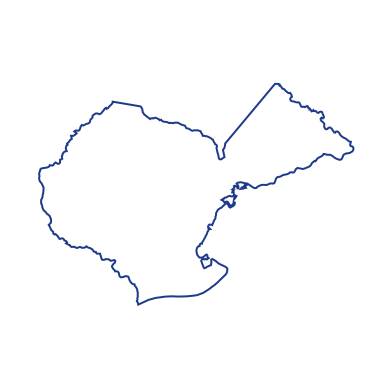 outline of Arroio Grande, Rio Grande do Sul, Brazil, rotated 8°
{"feature_id": "56859067B21343719092926", "entity_name": "Arroio Grande", "entity_type": "district", "adm_level": 2, "iso_a3": "BRA", "parent_name": "Brazil", "parent_adm1": "Rio Grande do Sul", "projection": "orthographic", "projection_center": [-52.86, -32.195], "detail": "fine", "context": "isolated", "style": "outline", "palette": "blue", "viewbox_px": 384, "rotation_deg": 8, "n_neighbors": 0, "source": "geoboundaries", "source_scale": "gbopen_adm2", "svg_char_len": 6008}
<svg xmlns="http://www.w3.org/2000/svg" viewBox="0 0 384 384"><g transform="rotate(8 192 192)"><path d="M234.7,189.2L233.5,187.9L233.3,186.4L231.9,186.7L232.2,185.2L233.1,184.2L231.6,183.9L233.3,181.9L232.7,180.4L233.6,179.8L234.6,180.0L235.8,180.7L236.6,182.0L237.6,181.9L237.0,179.6L235.0,177.4L236.0,176.4L238.8,175.6L240.8,175.6L242.4,176.0L245.5,175.9L252.1,179.1L253.5,179.4L255.0,179.2L256.0,177.8L258.1,176.3L260.2,175.2L263.0,174.8L264.4,174.8L267.1,173.5L267.9,172.8L268.9,172.5L270.4,172.5L272.2,171.9L272.8,170.0L273.3,167.3L274.0,165.9L274.9,165.2L276.7,164.7L278.3,163.8L279.6,162.6L284.3,160.9L286.7,158.8L287.9,158.6L289.0,158.8L290.4,158.2L291.9,154.6L293.2,153.5L298.5,153.8L300.0,153.2L304.7,150.4L305.8,149.2L306.8,146.6L309.2,144.0L310.1,144.3L311.3,141.8L312.2,140.7L315.2,138.6L316.5,137.4L316.9,136.1L318.2,135.9L320.2,136.3L321.2,136.3L323.8,135.9L326.1,136.8L328.6,138.3L330.3,138.9L332.8,139.5L334.3,139.5L335.4,138.8L335.9,137.8L336.9,134.1L338.8,132.6L342.7,131.4L345.1,129.5L345.7,128.3L345.9,126.6L345.4,125.3L344.4,124.6L343.1,124.5L342.0,123.5L342.3,120.2L340.6,120.1L337.3,118.0L333.6,116.7L332.4,116.0L330.8,114.8L329.8,113.3L328.9,112.5L327.6,111.8L326.2,112.1L325.6,113.3L324.4,113.2L321.5,109.8L319.7,108.9L318.2,109.4L317.3,110.8L316.2,111.2L315.2,110.9L313.9,109.2L313.5,106.1L312.5,105.0L310.1,103.5L309.4,102.6L309.2,101.3L310.0,100.4L311.4,100.9L312.3,99.7L311.8,98.5L309.5,94.6L308.4,94.5L307.1,95.0L306.2,96.1L304.9,95.9L303.2,94.6L301.6,94.9L300.8,94.0L300.2,95.0L299.2,95.5L297.9,93.8L296.9,94.0L296.7,92.7L295.4,92.5L295.0,91.3L293.8,90.8L293.0,91.6L291.9,92.3L290.9,91.9L289.6,92.4L288.1,92.1L286.3,89.1L285.4,88.4L282.9,88.7L280.1,88.1L278.5,88.3L277.2,87.8L276.3,86.6L276.7,84.7L277.7,83.8L277.1,82.2L275.4,80.2L274.3,80.6L273.1,80.3L270.1,78.4L269.2,77.5L268.2,77.1L267.1,77.1L265.3,74.9L263.7,74.5L263.9,73.4L262.8,73.0L259.2,73.3L218.1,139.4L218.2,141.5L217.9,143.9L216.8,145.9L219.3,152.9L216.3,155.6L214.7,155.7L213.7,154.4L212.6,150.9L211.9,149.8L210.1,144.9L210.4,143.1L209.6,141.9L208.2,141.4L207.5,140.2L206.3,138.9L205.5,137.2L204.5,137.0L203.6,136.3L200.5,135.1L198.4,134.7L197.0,134.9L196.1,134.6L194.8,134.9L193.9,133.0L192.9,132.2L192.1,130.7L188.9,130.1L185.4,130.7L184.0,131.3L182.8,131.1L180.1,129.8L177.5,129.6L175.8,127.3L172.0,126.7L168.3,125.3L165.3,125.7L164.0,126.4L161.0,126.5L160.0,126.9L157.3,126.2L154.7,126.3L152.7,126.0L151.3,124.7L149.9,125.4L149.1,124.6L145.6,123.5L144.3,123.9L143.5,124.6L142.4,124.4L141.2,124.8L140.4,125.6L133.9,121.9L131.9,119.5L131.6,117.8L130.8,116.3L130.0,115.1L129.0,114.4L100.9,113.6L100.9,115.1L100.0,116.5L97.9,119.2L97.1,120.7L95.8,121.5L95.2,120.6L94.0,121.6L93.5,122.8L91.0,126.9L89.3,127.9L87.5,127.4L85.8,127.6L83.9,129.2L82.9,130.4L83.0,132.3L81.4,134.5L81.1,137.1L79.9,138.5L77.8,139.3L75.1,141.3L73.6,140.9L72.7,142.5L72.1,146.0L71.3,147.0L68.1,147.3L67.0,148.4L69.6,149.9L68.6,151.2L66.7,152.9L64.4,153.2L65.6,156.1L64.2,157.3L63.3,159.2L61.5,161.6L62.2,162.7L61.3,163.4L60.9,166.2L62.2,169.0L60.7,169.4L59.9,170.1L58.6,172.0L58.7,173.2L58.1,174.5L58.9,177.2L58.0,177.9L56.9,178.3L57.2,181.2L56.7,182.2L55.4,182.8L52.8,181.8L51.5,183.2L51.0,184.6L50.0,185.3L47.4,185.2L47.2,186.3L46.1,187.4L45.1,187.9L39.6,189.6L38.6,190.8L38.7,192.1L38.1,193.7L38.2,195.9L38.8,197.5L38.6,199.2L39.4,201.9L40.6,203.3L41.8,204.3L44.4,208.2L44.7,211.2L44.8,214.7L44.5,216.3L44.7,218.0L43.7,220.9L44.3,224.5L45.4,226.0L46.0,228.2L47.5,230.6L50.2,232.5L51.6,234.0L52.9,234.5L54.3,235.5L56.1,238.5L56.5,240.2L56.5,242.1L54.7,244.6L55.8,245.8L57.6,248.9L60.1,250.9L60.5,252.5L61.6,253.2L62.7,252.7L64.8,254.1L67.3,256.9L69.5,256.1L70.7,256.0L71.6,256.6L72.3,257.7L74.4,258.2L75.3,259.4L74.4,260.4L77.1,261.4L78.3,261.5L79.0,262.5L80.4,263.2L83.0,262.6L84.9,263.3L86.0,263.4L88.2,262.2L89.4,262.0L90.4,262.5L91.6,262.5L94.1,261.7L94.9,260.5L97.1,261.6L98.6,261.6L101.5,262.8L102.4,264.0L103.4,264.8L105.1,264.7L105.7,265.8L106.6,266.3L109.5,265.9L112.2,271.5L113.3,271.6L114.6,271.3L115.6,270.6L118.3,270.2L119.8,270.6L120.8,271.4L122.1,271.2L124.3,270.2L125.6,270.7L125.4,272.8L124.5,273.7L123.1,276.2L123.3,277.4L125.0,279.4L126.0,280.0L126.9,281.3L128.2,281.0L130.0,281.4L130.8,282.4L131.8,285.1L132.6,286.0L133.7,286.4L136.2,285.6L137.1,284.8L138.9,284.5L140.7,284.7L142.3,287.8L143.4,289.3L145.1,290.9L146.4,291.4L147.9,291.4L148.4,292.8L149.5,293.7L151.0,295.6L151.5,296.7L151.7,298.1L152.4,299.1L152.4,300.6L152.9,303.1L152.6,304.6L153.0,306.1L152.5,307.7L153.6,308.8L154.4,311.0L164.1,304.8L170.9,301.9L180.2,299.3L186.4,298.1L192.6,297.5L200.0,296.3L204.6,295.3L210.9,293.6L212.0,293.1L216.5,290.7L218.3,289.4L223.1,285.2L224.5,283.6L227.1,281.2L229.7,278.2L236.9,268.9L237.7,267.2L237.9,264.4L237.5,262.6L235.5,261.4L228.5,259.2L224.5,256.7L221.4,255.5L220.4,256.4L221.0,258.9L221.0,261.7L217.2,264.0L216.2,265.1L214.7,265.8L213.7,264.5L211.2,259.9L210.7,258.8L211.2,257.5L212.3,256.5L213.5,257.1L214.7,256.4L216.1,256.7L217.7,255.2L216.3,254.3L216.1,252.8L215.2,251.9L214.3,252.5L211.7,255.4L208.7,255.9L207.3,254.9L205.9,253.4L204.7,250.4L204.5,248.6L204.8,246.5L205.7,245.0L207.1,244.5L207.0,243.1L207.6,241.9L209.0,241.9L209.1,240.6L210.5,237.3L212.6,231.2L212.9,229.2L213.8,227.6L213.6,226.4L215.1,226.1L214.0,225.3L212.9,224.9L212.8,223.2L213.8,221.8L215.3,221.7L216.6,222.0L217.8,217.2L218.9,214.7L218.7,213.1L219.0,211.6L218.8,209.8L219.4,207.8L220.2,205.9L222.2,204.1L223.2,203.5L227.0,198.7L228.5,198.6L230.1,200.2L230.8,201.5L232.0,202.1L234.7,200.1L235.9,198.6L235.9,196.5L234.8,196.2L235.1,197.5L234.2,198.3L233.5,199.6L232.5,200.0L231.2,199.7L228.9,197.0L227.8,196.6L225.5,197.7L224.4,196.5L222.3,195.7L223.5,194.7L224.5,194.3L224.9,193.2L226.4,192.8L228.7,191.1L230.0,190.6L231.5,190.9L232.9,190.6L233.8,189.7L234.7,189.2ZM240.0,182.1L242.5,181.4L243.4,180.7L244.7,180.4L243.7,179.4L245.0,177.8L243.3,177.9L242.1,180.0L240.6,180.6L240.0,182.1ZM234.7,189.2L235.5,190.4L234.8,191.5L234.7,193.4L235.9,191.5L236.6,189.8L234.7,189.2Z" fill="none" stroke="#1e3a8a" stroke-width="2"/></g></svg>